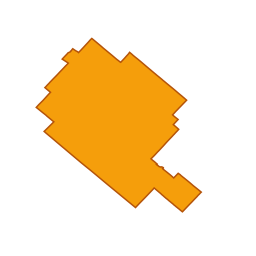 Daneti, Dolj, Romania (Robinson projection), rotated 23°
{"feature_id": "2599482B50107441786300", "entity_name": "Daneti", "entity_type": "district", "adm_level": 2, "iso_a3": "ROU", "parent_name": "Romania", "parent_adm1": "Dolj", "projection": "robinson", "projection_center": [24.066, 43.939], "detail": "fine", "context": "isolated", "style": "filled", "palette": "amber", "viewbox_px": 256, "rotation_deg": 23, "n_neighbors": 0, "source": "geoboundaries", "source_scale": "gbopen_adm2", "svg_char_len": 3501}
<svg xmlns="http://www.w3.org/2000/svg" viewBox="0 0 256 256"><g transform="rotate(23 128 128)"><path d="M210.8,183.9L211.0,183.5L211.8,181.4L214.3,174.7L215.7,171.2L216.9,167.9L218.3,164.3L218.8,162.7L219.6,160.8L219.8,160.1L220.5,158.4L219.5,158.1L213.9,156.5L210.6,155.6L208.5,154.9L206.0,154.1L203.3,153.3L202.2,153.0L199.5,152.2L197.6,151.7L196.6,151.4L195.5,151.1L194.3,150.6L192.9,150.3L191.9,150.1L189.9,155.3L189.6,156.1L185.4,154.7L181.6,153.6L176.9,152.3L175.7,151.9L176.2,150.9L176.0,150.7L175.0,150.6L174.4,150.6L173.8,150.8L173.5,151.0L173.1,151.2L172.8,151.2L172.2,151.3L171.6,151.3L170.6,151.0L168.5,150.5L168.9,149.8L167.9,149.5L166.5,149.0L164.9,148.5L163.7,148.2L162.1,147.7L161.2,147.4L161.3,147.1L161.4,146.9L161.9,145.7L163.3,142.2L164.7,138.2L165.0,137.6L166.8,132.6L167.3,131.3L168.2,128.7L168.8,126.9L169.8,124.1L170.1,123.3L172.0,118.3L172.3,117.4L172.7,116.3L173.0,115.6L173.4,114.4L173.9,113.0L174.6,111.2L175.2,109.4L174.6,109.2L170.4,107.8L168.4,107.2L168.5,106.9L170.5,101.4L170.8,100.6L166.9,99.5L165.0,98.9L163.9,98.5L164.7,96.3L165.9,92.9L166.2,92.3L167.3,89.3L167.8,88.1L169.1,84.7L170.3,81.6L171.1,79.5L169.9,79.1L164.6,77.4L163.2,77.0L160.9,76.3L157.5,75.2L153.9,74.1L146.4,71.9L142.8,70.8L141.9,70.6L140.9,70.2L137.9,69.3L134.1,68.2L127.9,66.3L122.4,64.6L119.5,63.7L113.8,61.9L109.8,60.7L107.6,60.1L104.5,59.2L102.5,58.5L101.2,58.1L100.5,57.9L99.9,57.7L99.7,58.4L99.7,58.8L99.2,60.4L98.8,61.5L98.5,62.3L98.0,63.8L97.5,65.3L95.6,70.4L95.4,70.4L95.0,70.3L94.3,70.1L92.8,69.7L91.1,69.3L85.4,67.5L76.7,64.9L74.3,64.2L71.0,63.1L68.3,62.3L62.1,60.4L59.7,59.7L59.0,61.2L58.2,63.6L57.7,65.1L57.3,66.2L56.5,68.4L55.4,71.5L54.9,72.8L54.3,74.5L54.0,75.3L53.8,75.8L53.4,76.7L53.0,77.9L52.1,77.6L51.6,77.5L51.1,77.4L50.4,77.4L49.0,77.2L47.5,76.9L46.5,76.7L46.2,76.6L46.0,77.1L45.7,78.3L45.5,79.1L45.4,79.5L44.6,79.3L44.9,79.4L45.0,79.6L45.0,79.9L45.0,80.3L45.0,80.6L44.9,80.7L44.8,80.9L44.5,81.1L44.4,81.2L44.1,81.6L43.8,81.8L43.7,81.9L43.5,82.1L43.0,83.6L42.2,85.7L41.3,88.1L40.5,90.3L42.2,90.6L44.4,91.0L46.2,91.3L47.7,91.6L47.4,92.5L46.2,95.5L45.1,98.5L43.3,103.2L41.8,107.3L40.1,111.6L38.8,115.0L38.2,116.5L37.8,117.8L37.0,119.8L36.1,122.4L35.8,123.0L35.7,123.3L38.6,124.2L42.7,125.4L41.4,128.9L38.9,136.1L36.8,141.2L35.6,144.6L35.5,144.9L39.8,146.1L43.2,147.1L47.3,148.2L48.9,148.8L55.6,150.8L57.3,151.3L56.6,153.1L52.4,163.3L52.1,163.9L52.3,164.0L53.6,164.4L54.1,164.6L55.1,164.9L58.7,166.0L61.4,166.8L68.4,169.0L85.6,174.3L87.2,174.8L98.6,178.3L100.7,178.9L103.4,179.7L110.1,181.6L116.1,183.4L130.2,187.7L166.0,198.3L168.0,192.9L170.7,186.0L175.0,174.6L175.5,173.0L176.0,173.2L176.4,173.3L176.9,173.4L177.3,173.6L177.7,173.7L178.1,173.8L178.6,174.0L179.0,174.1L179.4,174.2L179.9,174.4L180.3,174.5L180.7,174.6L181.2,174.8L181.6,174.9L182.1,175.1L182.5,175.2L182.9,175.3L183.5,175.5L184.1,175.7L184.8,176.0L185.4,176.2L186.1,176.4L186.7,176.6L187.4,176.8L188.1,177.1L188.8,177.3L189.4,177.5L189.8,177.6L190.0,177.7L190.6,177.9L191.2,178.0L191.8,178.2L192.5,178.4L193.1,178.6L193.5,178.7L193.7,178.8L193.8,178.8L194.2,179.0L194.4,179.0L194.8,179.1L195.3,179.3L195.8,179.4L196.2,179.5L196.7,179.7L197.0,179.8L197.7,180.0L198.3,180.1L198.8,180.3L199.3,180.5L199.6,180.5L199.9,180.7L200.5,180.9L201.1,181.1L201.7,181.2L202.3,181.4L202.9,181.6L203.5,181.8L204.1,181.9L204.7,182.1L205.3,182.3L205.9,182.4L206.5,182.6L207.1,182.8L207.7,183.0L208.2,183.1L208.8,183.3L209.4,183.5L209.8,183.6L210.2,183.7L210.8,183.9Z" fill="#f59e0b" stroke="#b45309" stroke-width="1.5"/></g></svg>